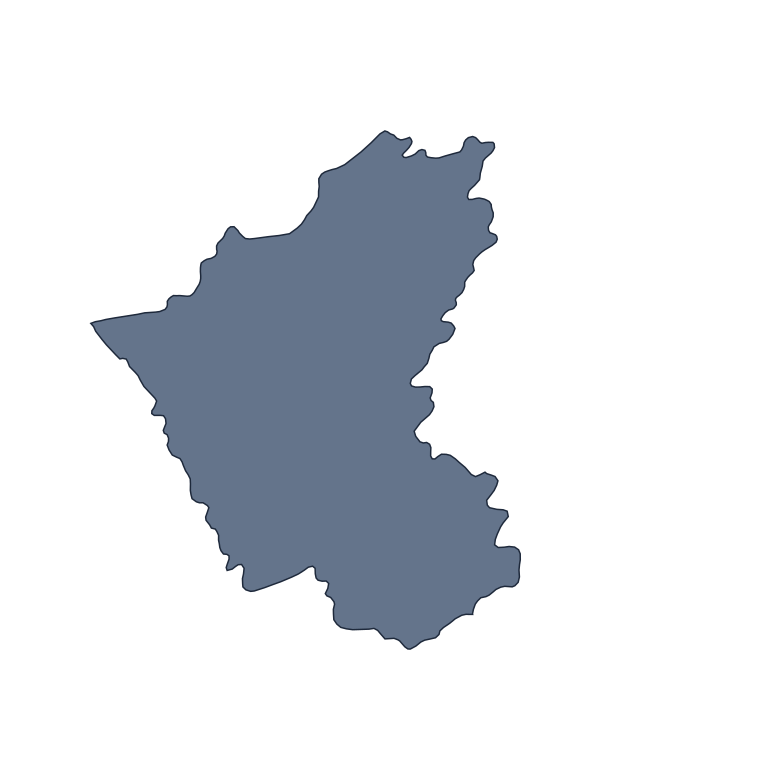 Kapyl, Minsk, Belarus, rotated 319°
{"feature_id": "67162791B49789732024983", "entity_name": "Kapyl", "entity_type": "district", "adm_level": 2, "iso_a3": "BLR", "parent_name": "Belarus", "parent_adm1": "Minsk", "projection": "robinson", "projection_center": [27.145, 53.093], "detail": "fine", "context": "isolated", "style": "filled", "palette": "slate", "viewbox_px": 768, "rotation_deg": 319, "n_neighbors": 0, "source": "geoboundaries", "source_scale": "gbopen_adm2", "svg_char_len": 5415}
<svg xmlns="http://www.w3.org/2000/svg" viewBox="0 0 768 768"><g transform="rotate(319 384 384)"><path d="M402.4,516.8L397.0,515.5L392.3,513.9L390.5,509.6L390.5,500.2L389.3,492.5L388.7,487.2L387.2,481.3L384.8,477.9L381.3,474.7L377.0,474.1L373.3,474.0L371.3,472.1L372.0,468.9L375.4,465.1L377.6,462.8L378.9,459.4L377.8,456.1L375.0,454.3L373.2,451.2L373.6,444.3L375.8,439.4L386.6,437.0L392.9,437.0L398.2,437.0L402.6,435.9L406.8,433.9L409.2,430.2L408.7,427.3L409.7,424.8L414.4,422.2L417.1,419.5L416.8,416.0L413.3,412.8L409.2,409.9L405.7,407.0L403.5,403.5L404.2,400.8L408.0,398.2L413.0,398.0L421.9,398.2L425.7,397.4L430.2,396.8L434.7,394.1L438.1,391.6L442.5,390.2L446.0,388.7L452.3,389.6L456.1,391.6L459.3,392.9L462.5,392.9L468.5,391.6L474.0,388.7L474.7,385.8L474.7,382.1L473.1,379.5L469.6,375.8L468.8,373.8L469.7,372.2L473.3,371.0L477.0,370.3L481.3,370.6L485.1,372.4L486.7,372.6L490.5,371.7L491.9,370.0L492.8,367.7L494.2,366.5L496.4,366.2L499.2,366.4L502.8,366.2L506.2,364.9L508.9,363.3L510.4,361.6L511.7,360.1L513.3,359.5L517.1,358.5L520.3,358.2L523.7,358.2L526.5,357.5L528.2,354.5L529.4,352.1L532.7,349.7L536.1,348.9L541.5,348.5L544.4,348.5L548.4,348.9L551.7,349.5L556.4,350.3L561.6,350.5L564.5,349.0L565.9,346.5L566.0,344.5L564.2,341.0L563.2,339.4L563.7,336.6L565.8,333.8L567.9,332.9L571.4,332.0L576.1,329.4L578.7,326.5L579.9,323.3L581.2,320.8L582.7,318.8L583.1,315.3L582.3,313.1L581.2,310.6L580.0,308.9L577.8,306.1L575.3,304.4L571.7,302.6L569.0,300.3L569.6,297.7L572.2,295.5L575.1,293.9L578.1,293.6L582.7,293.5L590.1,292.5L592.0,290.9L595.0,288.1L600.9,284.2L605.0,280.7L608.8,280.0L611.7,280.0L616.4,280.0L619.3,279.4L622.5,278.1L624.7,275.0L624.7,273.1L621.5,270.2L619.0,268.3L615.8,266.5L615.0,264.4L615.0,260.9L614.8,258.2L613.3,255.4L609.3,253.4L605.7,253.4L602.8,254.4L600.0,256.6L596.0,258.3L593.4,258.6L587.1,255.5L579.7,252.0L573.9,249.5L571.2,247.5L568.0,244.1L565.7,241.2L565.7,238.9L567.4,236.7L568.2,234.5L566.4,231.9L563.4,230.7L558.4,230.9L554.4,229.9L549.2,227.6L547.7,225.8L547.9,223.2L550.5,222.6L554.2,222.4L558.1,221.9L562.4,220.6L564.2,219.3L565.0,217.0L565.1,214.7L561.6,213.4L558.3,211.8L556.6,210.6L554.9,207.0L554.7,202.6L552.9,199.4L552.1,196.0L551.0,194.2L550.7,193.6L545.1,192.6L532.6,193.5L518.8,193.8L505.8,193.1L498.3,192.7L494.0,191.5L489.5,190.2L485.5,188.1L481.8,186.5L478.4,185.2L474.5,184.7L469.5,186.3L467.1,189.1L464.7,192.4L461.2,195.5L457.3,199.9L446.8,204.5L442.5,205.5L436.2,206.2L431.7,207.9L426.6,209.2L420.8,209.4L411.3,208.6L402.2,203.1L393.3,196.9L381.9,189.4L377.8,186.5L374.8,183.3L374.2,179.9L373.9,175.1L374.4,172.4L374.0,166.9L371.3,164.7L368.2,164.5L363.1,166.0L360.5,167.5L357.7,168.3L354.4,168.5L351.2,168.7L348.2,170.0L346.0,172.6L345.2,174.2L343.0,176.1L340.1,176.7L336.0,175.8L332.3,173.7L329.2,173.0L325.5,172.8L323.8,174.0L321.7,175.9L319.1,178.8L316.8,181.9L314.9,184.1L312.6,186.0L309.9,187.5L305.3,188.9L300.7,190.4L297.6,190.6L295.2,190.2L293.1,188.7L289.9,185.4L287.9,183.3L285.3,181.2L283.1,179.1L280.2,178.6L277.6,178.6L274.7,179.4L272.6,182.0L270.8,183.4L267.8,184.1L262.3,182.2L258.8,179.9L250.1,173.3L243.8,169.8L233.6,163.4L224.2,157.5L216.4,152.8L211.8,150.5L207.0,147.6L202.5,145.9L202.5,150.2L201.0,155.1L200.4,165.1L200.2,172.2L200.7,185.8L201.1,191.8L203.6,193.2L205.8,196.1L205.1,199.3L203.4,203.9L203.9,212.2L203.9,216.4L202.6,221.2L201.2,228.4L201.8,244.4L201.2,247.7L197.0,250.1L194.6,251.1L191.3,251.9L189.3,254.0L190.0,256.9L192.3,258.9L194.9,261.2L196.8,263.3L196.3,266.9L193.6,270.8L190.4,272.4L187.0,274.2L185.9,276.9L187.1,279.9L185.9,283.5L183.6,286.0L180.3,287.8L178.5,292.8L177.6,298.7L179.4,303.0L181.1,306.4L180.5,310.3L179.1,313.9L177.3,319.4L176.7,323.9L175.5,328.5L172.5,332.3L168.0,337.3L165.7,341.0L163.9,344.6L165.1,349.8L166.8,352.6L169.5,354.9L171.0,359.9L170.7,362.4L166.5,364.9L162.1,367.4L160.3,370.1L160.0,376.0L159.2,379.5L161.5,382.8L161.1,385.7L159.9,389.7L156.7,393.3L154.9,396.5L152.8,399.7L151.6,402.9L151.3,407.0L153.7,409.5L154.3,412.0L152.2,414.5L147.1,417.4L144.5,419.0L143.3,421.8L148.0,424.1L152.2,424.3L155.4,424.7L158.1,426.8L157.5,431.3L153.3,435.2L149.5,438.0L146.2,442.1L144.4,444.6L144.7,448.7L147.3,453.0L150.3,455.1L160.4,459.4L168.4,462.4L176.4,465.5L187.7,469.2L194.8,471.2L201.6,472.2L206.7,472.6L210.6,474.7L211.1,477.9L207.6,482.2L205.5,485.9L205.5,488.8L207.9,492.2L211.1,494.8L211.4,498.2L207.5,501.4L202.2,503.7L201.9,506.4L203.7,510.1L203.4,515.5L202.2,517.8L198.0,520.8L195.0,524.4L191.5,529.0L190.9,534.3L191.7,539.3L195.0,544.1L199.2,548.9L205.1,553.7L211.9,559.2L216.1,561.9L217.6,565.8L217.5,569.9L217.5,577.0L221.4,580.0L224.7,582.5L226.7,586.2L227.3,588.2L227.3,591.9L227.3,596.0L228.2,599.7L230.0,601.3L236.2,602.7L242.5,602.9L246.6,604.0L251.7,606.8L256.4,609.3L261.2,609.1L264.2,607.0L269.2,606.8L276.7,607.7L283.8,607.9L290.9,609.5L294.8,611.6L297.5,614.1L299.7,616.0L299.8,615.7L303.7,612.7L308.5,610.0L312.3,609.1L316.8,608.8L321.5,611.4L324.8,612.3L329.9,612.5L333.7,612.5L338.8,613.9L342.4,615.9L345.0,618.5L347.7,621.2L350.4,622.1L355.1,621.7L359.6,618.5L363.8,613.0L367.9,609.1L371.5,606.1L375.4,601.5L376.8,597.4L375.6,592.8L371.8,588.7L367.6,586.0L362.9,582.3L362.0,577.9L366.1,574.3L371.2,571.5L378.3,568.3L382.8,567.0L390.8,565.6L393.5,560.8L391.4,557.1L386.9,552.6L382.5,546.6L382.5,543.2L385.2,539.1L392.3,537.7L397.3,536.6L402.7,534.3L406.5,531.8L407.1,526.7L405.3,523.3L402.7,519.0L402.4,516.8Z" fill="#64748b" stroke="#1e293b" stroke-width="1.5"/></g></svg>